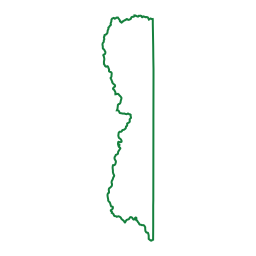 Sítio Novo, Maranhão, Brazil (Equal Earth projection)
{"feature_id": "56859067B7147994817031", "entity_name": "Sítio Novo", "entity_type": "district", "adm_level": 2, "iso_a3": "BRA", "parent_name": "Brazil", "parent_adm1": "Maranhão", "projection": "equal_earth", "projection_center": [-46.672, -6.275], "detail": "fine", "context": "isolated", "style": "outline", "palette": "green", "viewbox_px": 256, "rotation_deg": 0, "n_neighbors": 0, "source": "geoboundaries", "source_scale": "gbopen_adm2", "svg_char_len": 5499}
<svg xmlns="http://www.w3.org/2000/svg" viewBox="0 0 256 256"><path d="M104.2,49.7L104.6,50.5L104.9,51.1L105.3,51.7L105.4,52.4L105.3,53.2L104.9,54.0L104.3,54.4L103.5,54.7L103.3,55.5L103.8,56.3L104.0,57.2L104.3,58.6L104.3,59.6L104.2,60.4L104.0,61.0L103.9,62.2L104.0,63.2L103.9,64.0L104.4,64.5L104.9,65.8L105.8,66.6L106.3,66.7L106.9,66.3L107.3,66.2L107.8,66.4L108.2,67.1L108.4,67.8L108.7,68.6L109.1,69.4L109.0,70.2L109.0,71.1L109.5,71.7L110.1,71.9L110.9,72.1L111.3,72.4L111.6,72.9L111.7,73.8L111.6,74.6L111.5,75.3L111.5,76.3L111.1,77.4L110.6,77.9L110.7,78.6L111.3,79.3L111.6,80.4L112.0,81.2L112.3,81.8L112.2,82.4L112.6,83.0L113.2,83.6L113.5,84.0L114.0,84.3L114.4,84.6L114.9,85.1L115.1,85.9L115.0,86.5L114.0,87.2L113.2,88.1L113.0,88.8L113.3,89.3L113.9,89.6L114.3,90.1L114.6,90.7L115.1,91.6L115.4,92.3L115.5,93.0L115.3,93.6L115.4,94.3L116.0,94.2L117.5,93.9L118.1,93.9L118.6,94.3L119.7,95.7L120.2,96.1L121.0,97.1L121.4,97.7L121.4,98.7L120.9,100.3L120.7,101.1L120.5,102.5L120.0,103.4L119.5,103.9L118.9,104.0L118.3,104.4L117.9,104.9L117.8,106.1L117.6,107.7L117.5,108.7L117.2,109.5L116.9,110.3L117.9,110.3L118.4,110.6L118.9,111.1L119.2,111.7L119.4,112.4L119.7,112.9L120.2,113.1L120.9,113.2L122.0,113.4L122.7,113.6L123.6,113.6L124.1,113.5L124.7,113.6L125.1,113.9L125.8,114.0L126.6,114.2L127.3,113.9L128.0,113.5L128.7,113.9L129.3,114.3L130.2,114.4L130.7,114.9L130.6,115.6L130.7,116.3L131.0,117.4L130.9,118.0L130.5,118.3L130.0,118.9L129.7,119.3L129.6,119.9L129.8,121.0L129.7,121.7L129.3,122.3L128.8,122.5L128.3,122.9L127.4,123.3L127.1,123.7L127.2,124.4L127.2,125.2L127.0,125.8L126.6,126.2L126.0,126.5L125.9,127.3L125.7,128.3L125.0,129.0L124.4,129.4L123.9,129.8L122.7,130.0L122.2,130.3L121.9,131.1L121.2,131.7L120.4,131.8L119.8,131.7L118.9,132.4L118.6,133.1L118.6,133.7L118.5,134.4L118.3,135.3L118.5,136.5L118.7,137.0L118.8,137.6L119.2,138.1L120.1,138.7L120.7,139.2L121.1,139.8L121.5,140.6L121.6,141.4L121.4,141.9L120.6,142.1L119.9,142.1L119.2,142.0L118.6,141.8L118.2,142.1L118.1,143.0L118.0,143.7L118.1,144.5L119.1,144.4L119.5,144.9L119.2,145.7L118.6,146.2L118.9,146.9L119.8,147.5L120.2,147.9L120.3,148.6L119.7,149.3L119.4,149.8L119.1,150.4L118.6,151.0L118.1,152.0L118.0,153.4L117.7,154.0L117.1,154.3L116.6,154.6L115.8,154.9L115.3,156.1L114.6,157.2L114.5,158.1L114.6,158.9L115.1,159.9L115.8,161.0L115.9,161.9L115.7,162.8L115.3,164.1L115.0,164.6L114.5,165.0L114.0,165.2L113.1,165.1L112.8,165.8L112.7,166.7L112.6,167.6L112.7,168.7L112.8,169.6L112.9,170.2L112.9,172.0L113.0,172.6L113.4,173.9L113.9,174.8L114.2,175.7L113.9,176.6L113.3,177.3L112.9,178.8L112.5,179.8L112.0,180.5L111.7,181.4L111.6,182.1L111.6,182.9L112.0,183.9L112.0,184.8L111.8,185.8L111.4,186.4L110.9,186.9L110.3,187.5L109.1,188.4L108.8,189.2L108.8,190.3L109.0,191.6L109.0,192.5L108.7,193.0L108.0,193.3L107.6,194.3L107.5,195.3L107.6,196.2L107.7,197.0L107.9,197.9L108.0,198.6L108.2,199.4L108.2,200.5L108.5,201.1L109.1,201.8L109.6,202.1L109.9,202.6L110.1,203.2L110.3,203.8L110.5,204.4L110.7,205.3L111.2,206.4L112.7,206.8L112.9,207.6L112.8,208.4L112.5,208.9L112.1,209.4L111.4,209.8L110.8,210.3L110.9,211.0L111.8,211.7L112.1,212.2L111.8,212.9L113.3,213.9L113.7,214.5L113.9,215.3L114.3,215.9L114.7,216.1L115.6,216.2L116.1,216.3L116.8,216.8L117.9,216.4L118.6,216.3L119.8,216.8L120.2,217.1L120.8,217.6L121.1,218.3L121.6,219.1L122.5,219.8L123.7,220.8L124.1,221.3L124.7,222.4L125.1,222.4L125.9,220.9L126.3,220.3L126.7,219.9L127.2,219.7L127.8,219.5L128.6,219.3L129.1,218.9L129.8,217.7L130.3,217.2L130.9,217.1L131.5,217.3L132.3,217.8L132.7,218.6L133.3,219.4L133.8,219.6L134.5,219.3L135.1,217.9L135.8,217.5L136.3,217.8L136.4,218.8L136.3,220.3L137.2,220.7L138.1,222.3L138.6,222.7L139.4,224.3L140.0,224.7L140.7,224.7L141.2,224.8L141.7,225.1L143.2,225.1L143.6,225.2L144.2,225.6L144.7,226.4L145.2,227.2L145.2,228.7L145.4,231.0L145.9,231.7L146.2,232.3L146.7,232.6L147.3,232.6L147.9,232.8L148.3,233.8L148.5,234.7L148.7,235.6L148.7,238.9L149.4,239.5L149.9,239.9L150.5,240.4L150.9,240.6L151.6,240.6L152.3,239.9L153.1,239.7L153.2,226.7L153.2,205.3L153.3,200.3L153.4,129.4L153.4,120.0L153.5,75.6L153.5,70.9L153.5,69.4L153.3,57.1L153.2,46.5L152.8,23.6L152.8,22.3L152.8,20.0L152.7,19.0L151.9,19.1L151.1,18.7L150.5,18.5L150.1,18.7L149.5,19.3L148.9,19.6L148.6,18.9L147.9,17.5L147.3,17.2L146.7,17.0L145.9,17.3L145.4,17.0L144.6,16.9L143.7,16.4L143.2,16.5L142.9,16.8L142.5,17.2L142.1,17.2L141.6,16.7L141.4,16.0L140.6,15.7L140.0,15.7L139.5,15.9L138.8,15.8L138.3,16.5L137.9,16.5L137.3,16.5L136.8,16.1L136.2,16.0L135.7,15.6L135.3,15.7L134.9,15.4L134.4,15.4L134.4,16.2L133.7,16.7L133.3,16.8L132.6,16.8L132.1,16.9L131.5,17.2L131.2,17.7L130.9,18.7L130.4,19.2L129.7,19.4L129.0,19.8L128.2,19.9L127.6,19.4L126.9,19.0L126.3,19.2L125.8,19.9L125.2,20.2L124.6,20.2L124.1,20.6L123.6,21.0L123.1,21.4L122.5,21.4L122.3,22.0L121.6,22.6L121.1,22.3L120.6,21.9L119.9,21.2L119.9,20.5L119.5,19.8L119.1,19.2L118.5,18.5L118.2,18.0L117.8,17.5L116.9,17.7L116.4,17.6L115.8,18.2L115.3,18.5L114.8,18.7L114.2,18.1L113.7,17.9L113.2,18.1L112.8,18.4L112.3,18.5L111.7,19.2L111.4,19.9L111.4,20.5L111.4,21.2L111.1,22.1L110.8,22.9L110.6,23.6L110.9,24.7L110.6,25.3L110.0,25.6L109.5,26.3L109.3,26.8L108.7,27.2L108.3,27.8L108.5,28.8L108.1,29.6L107.7,30.4L107.6,31.2L107.5,32.1L107.4,32.9L106.7,33.7L106.4,34.3L105.7,34.5L105.1,34.9L104.6,35.0L104.4,35.7L104.4,36.5L104.0,36.9L103.9,37.5L104.1,38.2L104.3,39.0L104.2,39.6L103.8,40.2L103.8,41.3L103.7,42.0L103.0,42.8L102.7,43.3L102.5,44.2L102.5,45.0L102.7,45.7L102.8,46.8L102.8,47.8L102.9,48.6L103.5,49.0L104.2,49.7Z" fill="none" stroke="#15803d" stroke-width="2"/></svg>